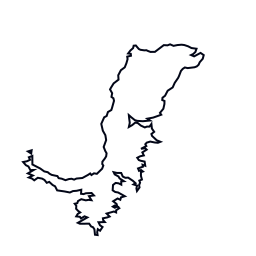 the district of Itati, Rio Grande do Sul, Brazil, rotated 225°
{"feature_id": "56859067B39388374799288", "entity_name": "Itati", "entity_type": "district", "adm_level": 2, "iso_a3": "BRA", "parent_name": "Brazil", "parent_adm1": "Rio Grande do Sul", "projection": "natural_earth1", "projection_center": [-50.175, -29.463], "detail": "fine", "context": "isolated", "style": "outline", "palette": "ink", "viewbox_px": 256, "rotation_deg": 225, "n_neighbors": 0, "source": "geoboundaries", "source_scale": "gbopen_adm2", "svg_char_len": 3280}
<svg xmlns="http://www.w3.org/2000/svg" viewBox="0 0 256 256"><g transform="rotate(225 128 128)"><path d="M80.1,64.9L82.4,66.2L86.7,65.7L85.5,70.8L82.7,71.8L83.9,74.0L82.0,77.5L84.9,76.7L89.4,75.4L91.8,73.7L94.8,73.1L98.3,77.1L97.9,80.4L95.6,82.2L92.7,83.2L95.0,85.4L93.3,87.5L98.3,86.4L100.4,87.0L104.6,85.8L106.9,86.6L104.2,88.3L101.0,91.4L97.4,90.0L94.7,90.9L92.8,93.0L87.3,94.1L83.7,94.3L84.2,92.0L80.9,93.7L79.3,91.2L77.1,89.8L77.8,94.1L79.8,95.5L80.8,97.9L82.8,98.8L81.7,101.4L85.0,103.3L87.6,105.9L86.7,107.8L89.1,107.5L89.9,105.5L92.3,106.5L90.1,111.2L91.7,112.3L89.1,113.5L92.5,116.0L95.9,113.8L97.7,113.0L100.4,113.5L99.4,116.6L97.4,119.8L100.6,120.9L99.5,125.9L101.6,125.8L104.1,122.5L102.3,128.2L104.3,128.8L104.4,130.9L102.7,134.1L98.8,136.7L96.4,138.7L95.3,141.2L99.1,139.6L105.4,139.4L107.2,140.3L106.8,143.8L110.7,144.5L114.3,147.4L113.8,144.2L115.6,142.4L116.5,140.3L120.6,138.8L124.7,138.4L126.7,136.9L127.1,132.9L128.1,129.3L130.4,132.9L133.8,135.5L136.5,137.7L133.3,137.9L128.7,138.4L126.5,139.6L122.3,143.3L117.7,148.9L120.9,148.3L117.6,153.1L115.1,158.3L113.9,160.9L116.1,161.3L116.6,166.6L119.2,170.7L121.3,172.9L123.6,172.0L125.0,173.8L124.6,177.0L126.3,182.4L125.1,188.3L126.9,193.0L128.0,199.0L128.8,201.1L130.9,205.8L131.1,208.5L130.6,211.0L128.2,212.5L123.9,218.0L122.9,220.2L122.8,222.7L123.8,225.2L124.1,229.8L126.0,233.1L129.8,232.4L131.9,225.4L135.0,224.2L134.2,226.4L134.1,229.4L135.6,232.5L139.7,229.4L143.2,228.3L146.8,226.5L149.0,224.8L151.7,221.6L153.9,218.3L157.4,216.9L158.5,214.4L161.3,211.9L162.8,200.9L165.9,197.7L168.3,196.6L170.0,196.0L171.3,194.5L174.5,192.1L176.2,191.5L178.8,191.7L180.8,191.9L182.2,190.2L180.9,188.1L181.1,184.5L180.6,180.8L178.5,182.4L177.0,181.2L179.0,177.9L177.0,176.4L174.9,172.6L173.2,168.6L173.9,163.8L172.2,158.4L168.9,155.5L169.7,149.4L168.6,144.7L168.0,142.6L163.8,141.4L161.7,138.3L159.3,138.7L157.1,137.3L153.5,130.9L152.5,128.9L153.5,125.1L151.6,121.4L152.4,118.7L149.8,112.0L143.9,108.3L138.9,106.9L134.9,104.0L131.8,97.4L127.9,95.7L125.3,95.0L123.4,92.5L122.8,90.0L122.3,86.1L120.7,84.3L118.9,84.0L117.5,80.9L117.6,73.6L120.0,71.9L120.6,68.9L122.6,69.1L123.1,66.6L124.9,60.4L128.7,55.8L129.6,53.4L132.0,52.2L133.7,50.1L135.3,46.9L139.0,45.3L141.6,43.5L143.9,44.1L146.0,42.7L148.8,40.9L151.1,40.2L153.5,40.0L156.5,38.1L161.4,37.3L169.8,34.6L175.9,40.6L177.4,37.2L174.8,36.3L175.9,33.1L178.1,29.8L173.9,29.5L171.2,30.4L167.3,29.2L165.0,31.6L166.7,25.1L161.7,27.1L163.1,22.9L160.0,24.4L157.3,24.7L156.6,29.0L152.9,31.5L150.3,32.2L146.7,31.8L145.6,34.2L141.0,34.4L138.3,35.2L134.0,33.8L128.1,38.2L123.5,41.3L122.3,44.5L119.9,47.3L117.4,51.3L114.7,48.3L112.7,49.8L111.6,52.1L109.1,54.8L107.8,56.3L104.4,56.2L107.4,52.2L102.8,51.1L105.0,49.4L106.7,47.0L110.7,44.6L111.7,41.0L110.7,39.0L112.1,36.8L109.5,36.4L107.6,34.2L104.8,34.1L102.1,34.5L102.8,31.7L102.1,28.9L99.2,31.2L97.3,30.8L96.3,34.8L93.5,36.0L96.4,25.5L94.3,26.3L87.8,32.9L84.5,32.3L82.5,33.1L80.1,32.6L75.9,29.2L73.8,30.8L76.1,32.5L77.8,35.1L75.1,35.6L76.0,40.0L79.0,39.4L82.2,40.5L77.9,45.1L80.4,45.3L81.9,46.4L79.5,50.0L78.4,52.4L82.6,52.4L78.9,59.0L76.7,59.9L78.2,61.4L77.5,65.1L80.1,64.9ZM80.1,64.9L80.9,62.3L83.1,61.7L82.6,63.8L80.1,64.9ZM180.4,44.1L182.2,40.7L178.4,41.5L180.4,44.1Z" fill="none" stroke="#020617" stroke-width="2"/></g></svg>